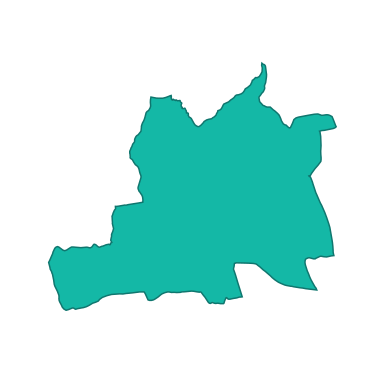 Masasi Township Authority, Mtwara, United Republic of Tanzania, rotated 171°
{"feature_id": "72390352B27431607141265", "entity_name": "Masasi Township Authority", "entity_type": "district", "adm_level": 2, "iso_a3": "TZA", "parent_name": "United Republic of Tanzania", "parent_adm1": "Mtwara", "projection": "equal_earth", "projection_center": [38.869, -10.751], "detail": "fine", "context": "isolated", "style": "filled", "palette": "teal", "viewbox_px": 384, "rotation_deg": 171, "n_neighbors": 0, "source": "geoboundaries", "source_scale": "gbopen_adm2", "svg_char_len": 5945}
<svg xmlns="http://www.w3.org/2000/svg" viewBox="0 0 384 384"><g transform="rotate(171 192 192)"><path d="M344.6,144.9L344.1,139.4L344.1,138.0L343.2,135.5L342.9,133.3L342.7,133.0L342.6,131.1L342.4,126.7L342.5,122.4L342.2,120.5L340.5,115.1L339.6,110.7L339.8,108.8L340.1,107.5L340.2,105.8L339.9,104.3L338.7,100.8L338.1,98.5L336.8,96.4L336.1,96.0L335.5,95.3L334.7,94.9L332.2,95.2L328.5,96.1L327.7,96.1L327.0,95.8L325.8,94.7L325.3,94.4L323.3,94.7L319.1,94.8L317.3,94.8L314.5,95.2L313.0,95.6L310.9,96.3L307.6,97.7L304.4,98.2L301.5,99.0L300.2,100.3L297.1,101.9L292.4,102.9L287.5,103.4L279.3,102.7L276.2,102.1L273.0,102.1L266.5,101.7L259.5,101.5L255.5,100.9L254.8,100.6L254.1,98.9L252.3,92.3L250.9,91.6L250.1,91.5L249.0,91.3L246.9,91.5L245.4,92.0L241.7,93.7L239.1,95.3L237.5,96.1L234.7,96.8L231.9,97.1L230.4,96.9L227.9,96.0L225.3,95.7L222.9,95.1L219.3,94.7L217.5,94.9L214.9,94.6L208.0,94.2L205.9,93.7L202.4,92.5L200.3,91.9L199.4,92.0L198.7,91.6L198.5,91.3L196.8,88.0L195.7,86.2L193.1,80.4L192.3,79.5L191.4,79.1L190.6,79.2L190.1,79.6L189.0,79.6L188.2,79.1L187.0,78.5L185.9,78.2L184.0,78.2L181.1,77.2L178.4,76.8L177.9,77.1L176.6,79.7L175.0,82.1L174.3,82.2L173.4,80.9L172.9,80.5L172.1,80.3L171.3,80.2L167.9,80.4L164.4,80.4L161.6,80.8L160.2,80.6L158.8,80.6L161.0,95.5L162.0,103.1L162.6,106.7L163.1,109.3L162.7,110.5L162.1,111.9L161.3,114.8L159.3,115.1L147.3,112.9L142.8,111.9L140.4,111.1L139.3,110.3L138.3,109.1L136.7,107.5L133.9,104.0L132.4,102.5L127.7,97.0L126.2,94.9L124.0,92.4L120.8,89.4L118.3,87.7L114.9,85.6L113.0,84.8L109.3,83.5L108.0,83.2L106.7,82.6L100.3,80.5L98.0,79.9L94.7,78.7L84.1,75.7L84.4,77.1L84.8,78.2L85.4,79.1L87.4,84.5L88.2,86.7L89.1,90.0L89.6,92.6L90.5,96.0L91.4,102.0L91.5,104.3L91.1,106.3L90.4,107.8L89.1,108.4L87.3,108.8L86.3,108.7L82.5,107.0L80.8,106.7L80.1,107.1L75.7,108.4L74.6,108.4L72.1,107.5L70.5,107.1L69.1,106.8L64.7,107.1L61.8,107.0L62.0,109.2L62.0,110.8L61.8,112.0L61.4,116.3L61.2,120.1L61.2,123.2L61.4,135.4L61.9,139.2L63.0,145.7L64.1,151.1L66.1,158.7L66.7,160.3L67.2,161.9L69.3,170.2L69.8,171.9L71.3,181.3L71.5,183.0L72.1,185.8L72.7,188.3L73.7,189.0L74.0,189.6L72.5,189.8L71.0,191.7L66.9,195.8L63.3,198.8L60.0,202.0L59.5,203.6L59.3,204.7L59.1,206.1L58.9,209.0L58.5,212.2L57.3,217.6L56.9,221.0L56.2,226.9L56.2,231.0L56.3,231.7L56.5,232.1L54.2,232.4L51.7,232.2L42.6,232.6L41.3,232.9L40.2,233.3L39.4,233.9L39.8,235.3L41.2,241.9L41.9,244.6L43.9,246.1L45.0,246.7L46.6,247.2L48.3,247.3L50.5,247.3L52.1,247.5L55.1,249.2L55.7,249.4L59.3,249.7L65.2,249.6L75.2,249.3L77.7,248.9L80.0,247.6L82.1,244.0L83.5,242.0L84.7,240.2L85.5,240.0L86.4,240.5L87.5,241.8L88.4,243.2L89.5,243.7L91.1,244.9L92.5,248.3L92.9,250.7L93.6,253.3L94.0,254.2L94.0,254.5L95.4,256.5L97.7,259.3L98.8,260.3L101.4,263.6L104.5,264.1L105.7,264.7L107.0,265.7L108.6,266.7L109.1,267.7L110.4,269.6L111.1,270.8L111.1,273.1L111.2,274.5L110.8,275.5L108.9,277.2L107.9,278.4L105.9,279.9L104.1,282.6L103.9,283.8L103.9,285.3L103.3,286.6L102.2,288.4L100.5,293.9L100.0,296.3L99.8,303.2L99.8,304.9L100.2,305.9L100.8,306.6L101.5,306.8L102.8,308.3L103.4,306.3L103.2,303.6L104.0,299.8L105.7,297.5L107.5,295.5L109.8,294.7L111.2,295.1L112.4,294.4L113.5,293.4L114.9,292.9L115.7,291.2L117.6,288.5L120.9,286.5L123.2,285.6L124.5,283.8L126.1,282.2L127.9,281.3L130.5,280.8L133.0,280.8L134.2,280.2L135.7,278.7L137.5,277.7L139.3,276.9L141.7,275.3L146.8,273.9L147.6,273.0L149.3,270.5L150.4,269.3L151.8,268.6L153.7,268.3L154.3,266.9L155.4,265.7L156.2,264.2L158.1,262.8L160.1,262.0L161.1,261.3L164.2,261.2L166.3,260.9L169.1,259.7L169.7,258.9L172.5,256.7L174.8,255.5L176.0,255.7L177.2,256.5L178.5,257.8L179.3,259.4L181.2,264.7L182.0,265.7L183.0,266.3L183.3,266.9L183.3,267.2L183.8,268.3L183.5,268.9L183.4,270.2L183.8,270.7L184.8,270.9L185.1,271.1L184.9,271.6L185.0,273.2L185.3,273.8L185.5,274.7L185.8,275.6L186.0,275.9L187.5,275.7L188.0,275.8L188.6,276.1L188.4,276.5L188.5,277.3L189.1,277.7L189.2,279.0L189.1,279.8L188.3,281.0L188.3,281.7L189.2,282.6L189.4,283.2L189.4,283.9L189.7,284.3L191.3,284.3L192.1,284.4L193.0,285.3L193.3,285.3L193.4,285.0L193.7,284.9L194.0,285.0L194.1,285.4L194.3,285.5L195.0,285.5L195.9,286.5L196.3,286.5L196.4,286.0L196.9,285.9L197.1,286.0L197.7,286.6L197.7,287.1L197.8,287.4L197.7,288.2L197.9,288.7L197.8,289.2L197.5,289.3L197.5,290.6L198.9,290.4L200.0,290.1L203.0,289.5L204.8,289.3L206.4,289.2L212.2,290.2L217.7,292.2L218.6,289.5L218.9,288.0L219.1,287.0L219.3,284.0L219.5,283.0L220.2,281.6L222.1,279.3L223.5,278.7L224.4,278.0L225.0,277.3L226.7,273.3L227.7,271.3L228.6,269.8L230.1,267.9L231.1,266.1L231.7,264.8L231.8,264.0L232.6,261.0L232.8,260.3L233.2,259.7L235.8,257.3L236.5,256.8L237.7,256.3L238.6,255.6L239.3,254.7L240.1,253.5L240.6,252.3L240.6,251.5L241.1,250.3L243.1,248.5L244.3,246.2L245.2,245.2L245.9,243.8L247.1,242.0L247.2,241.4L247.4,240.2L247.3,238.8L247.5,236.4L247.5,236.2L247.7,235.9L247.7,235.4L247.5,234.9L247.2,234.5L246.8,234.3L245.8,233.1L244.8,230.3L244.6,229.9L243.7,227.9L241.9,226.0L241.5,225.4L240.9,223.6L240.7,222.0L240.6,220.0L240.4,218.4L239.9,216.1L240.0,214.7L240.4,213.6L242.4,209.5L244.5,205.1L244.7,204.2L244.7,203.4L244.1,200.8L243.6,200.2L242.7,198.1L242.0,196.7L241.6,194.8L241.7,191.8L242.2,189.6L245.9,189.5L257.0,189.5L259.1,189.3L260.6,189.6L267.0,189.5L268.9,189.6L269.9,189.8L270.0,189.0L270.0,187.8L270.3,187.2L271.5,186.1L272.1,185.2L273.3,183.3L273.7,182.3L274.8,180.5L274.8,179.8L275.2,176.1L275.3,174.5L275.6,173.3L275.2,168.1L276.4,165.5L278.1,162.7L278.4,160.7L279.2,158.8L279.8,157.1L279.1,154.7L280.4,154.2L280.9,152.9L281.6,152.8L282.3,153.4L285.1,153.3L287.1,152.8L288.5,152.5L289.5,152.5L292.0,151.9L292.8,152.2L293.7,153.0L295.1,154.8L296.3,155.6L297.0,155.7L297.7,155.2L299.3,153.5L300.7,152.9L301.7,152.8L303.7,153.7L304.8,154.0L310.5,154.4L318.2,156.3L319.5,156.5L320.8,156.1L325.1,154.2L326.5,154.0L327.2,154.0L328.7,154.9L332.1,158.4L333.3,159.1L334.7,158.9L335.7,158.4L336.5,157.6L338.6,154.5L339.4,152.7L340.6,150.9L343.3,146.6L344.6,144.9Z" fill="#14b8a6" stroke="#0f766e" stroke-width="1.5"/></g></svg>